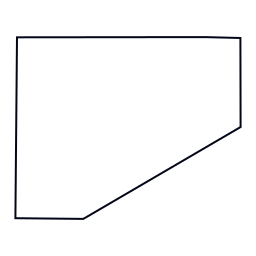 Eastland, Texas, United States of America
{"feature_id": "52423323B76826810418880", "entity_name": "Eastland", "entity_type": "district", "adm_level": 2, "iso_a3": "USA", "parent_name": "United States of America", "parent_adm1": "Texas", "projection": "robinson", "projection_center": [-98.827, 32.297], "detail": "fine", "context": "isolated", "style": "outline", "palette": "ink", "viewbox_px": 256, "rotation_deg": 0, "n_neighbors": 0, "source": "geoboundaries", "source_scale": "gbopen_adm2", "svg_char_len": 225}
<svg xmlns="http://www.w3.org/2000/svg" viewBox="0 0 256 256"><path d="M17.0,37.3L15.4,218.2L83.3,218.9L213.9,142.6L240.6,127.0L240.4,38.0L205.1,37.1L23.4,37.3L17.0,37.3Z" fill="none" stroke="#020617" stroke-width="2"/></svg>